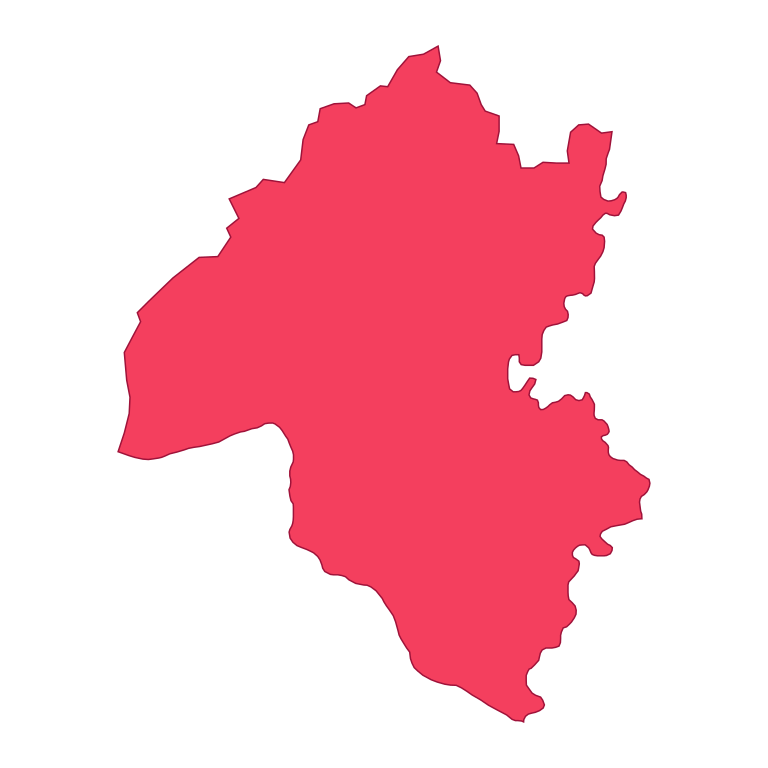 Verkhnyadzvinsk, Vitebsk, Belarus
{"feature_id": "67162791B82603429459213", "entity_name": "Verkhnyadzvinsk", "entity_type": "district", "adm_level": 2, "iso_a3": "BLR", "parent_name": "Belarus", "parent_adm1": "Vitebsk", "projection": "mercator", "projection_center": [28.26, 55.859], "detail": "fine", "context": "isolated", "style": "filled", "palette": "rose", "viewbox_px": 768, "rotation_deg": 0, "n_neighbors": 0, "source": "geoboundaries", "source_scale": "gbopen_adm2", "svg_char_len": 5712}
<svg xmlns="http://www.w3.org/2000/svg" viewBox="0 0 768 768"><path d="M523.6,721.9L523.8,719.6L525.5,716.3L528.3,714.1L531.4,713.2L535.4,712.3L539.6,710.6L543.2,708.0L544.4,704.9L542.7,700.2L540.6,697.1L535.6,695.3L532.1,693.1L529.2,689.1L526.4,685.1L526.2,680.6L526.2,675.4L527.8,671.4L529.2,669.0L531.1,668.3L534.7,664.8L538.7,660.3L539.4,657.0L540.3,653.2L542.2,649.9L546.0,648.0L549.1,648.0L551.9,648.0L555.7,647.3L559.0,646.1L560.4,642.6L560.6,638.8L560.6,635.3L561.4,632.0L563.2,627.9L566.6,626.8L569.4,624.2L571.5,622.0L574.3,617.8L576.0,614.2L576.2,610.2L575.1,606.0L572.2,602.7L568.9,599.6L568.2,595.8L568.0,592.3L568.0,588.0L568.0,585.0L568.7,581.9L571.2,579.2L574.3,575.9L575.8,573.8L578.1,570.8L578.6,568.3L579.3,563.8L578.9,561.2L575.7,558.8L573.4,557.5L572.4,555.2L572.4,552.3L573.6,550.0L575.5,547.9L577.5,546.3L579.5,545.2L582.3,544.9L585.2,544.8L588.7,547.8L589.7,549.6L591.0,552.8L592.2,554.4L594.4,555.3L597.5,555.8L600.2,555.8L604.0,555.8L606.5,555.5L610.3,553.7L612.0,550.5L612.3,547.6L610.3,545.5L607.6,544.2L604.4,541.3L601.8,538.9L600.0,536.4L600.5,534.0L602.3,531.3L606.8,529.0L610.8,526.8L616.3,525.7L624.7,524.2L628.3,522.7L633.0,520.6L637.1,519.2L641.0,518.8L641.9,518.8L641.7,514.1L640.7,511.3L640.2,507.7L639.5,502.1L640.0,499.0L641.4,496.4L644.3,494.5L646.8,491.9L648.0,489.8L649.4,486.2L649.9,483.2L649.0,479.4L646.6,478.2L643.8,476.1L640.5,474.4L637.4,471.8L634.6,469.7L632.2,467.1L629.1,464.8L626.8,461.9L624.1,460.4L620.4,460.4L617.7,460.1L612.9,458.5L610.3,456.6L608.9,454.7L608.3,452.3L608.3,449.8L608.5,447.4L608.0,445.6L605.2,442.4L602.9,440.8L601.5,439.0L601.4,436.8L603.2,435.6L605.2,435.2L607.3,434.3L608.6,432.6L609.1,431.4L608.8,429.4L608.0,426.6L607.1,424.4L605.9,423.1L604.0,421.0L602.0,419.8L600.6,419.8L598.1,419.8L595.3,418.4L594.1,415.5L594.0,413.1L594.3,410.1L594.4,406.8L594.4,404.3L593.5,402.4L592.0,399.5L590.2,396.8L589.3,394.1L586.9,392.6L585.4,392.6L584.6,395.3L583.4,397.8L582.2,399.8L578.9,400.6L575.7,399.7L573.0,396.9L570.4,395.1L568.1,394.8L564.7,395.6L561.6,398.9L558.5,401.3L555.6,402.2L552.4,402.8L549.7,404.8L547.9,406.6L545.5,408.3L543.2,409.5L540.6,409.6L538.8,407.5L538.4,404.9L538.4,402.8L537.4,400.1L535.5,399.4L533.1,398.8L530.7,397.9L529.0,394.9L529.9,390.8L531.8,388.0L534.7,384.0L535.9,379.5L533.0,378.3L529.7,378.1L527.4,381.4L524.8,385.4L522.6,388.5L521.0,390.4L518.8,391.5L515.8,391.8L513.2,391.8L509.6,388.9L508.7,384.5L507.7,378.8L507.7,374.8L507.7,368.9L508.5,362.0L509.4,359.0L512.0,355.4L515.3,354.7L518.8,354.7L519.3,357.8L519.3,361.8L521.2,364.6L525.0,365.3L528.5,365.3L533.5,365.3L538.7,361.8L540.8,358.2L541.8,351.9L541.8,342.4L541.8,339.1L542.2,334.6L543.9,330.4L546.2,327.1L549.5,325.9L552.9,324.9L557.6,324.0L562.8,322.1L566.8,320.5L568.0,317.6L568.2,314.6L567.5,311.3L565.5,309.2L564.2,306.6L563.8,303.3L564.7,298.6L565.9,296.6L567.5,295.8L570.4,295.3L572.6,295.1L575.6,294.4L577.5,293.6L580.0,292.7L582.6,293.6L583.8,295.0L585.4,295.9L587.3,295.7L591.0,293.1L592.9,286.3L594.2,281.9L594.5,278.6L594.4,271.6L594.2,266.4L595.4,263.3L598.4,259.1L600.6,256.2L602.9,251.7L604.1,247.7L604.6,241.3L604.1,237.1L602.2,235.2L599.1,234.7L596.1,233.1L592.5,229.1L593.0,226.0L595.9,222.4L598.2,220.1L600.8,217.7L602.9,215.1L605.3,213.3L607.0,213.3L609.8,214.8L614.5,215.7L618.5,215.1L621.0,211.0L622.4,207.6L623.8,203.9L625.3,201.1L626.2,197.7L626.2,195.2L625.6,192.6L623.1,192.0L622.1,192.0L619.5,194.6L618.2,197.0L617.0,198.3L614.8,199.7L611.2,200.8L608.0,201.1L603.7,199.4L600.9,197.0L600.0,191.5L599.7,186.2L602.1,180.6L602.9,175.8L604.9,169.2L606.1,164.3L606.2,158.7L608.3,152.5L609.5,149.4L612.0,131.7L601.5,133.1L588.5,124.1L578.7,124.9L570.6,132.2L567.3,150.9L569.0,163.1L556.8,163.1L543.0,162.3L534.0,168.0L521.0,168.0L518.6,155.8L513.7,144.4L496.6,143.6L499.1,131.4L499.1,116.0L485.2,111.1L481.2,104.6L477.1,93.2L469.8,85.1L450.3,82.7L436.5,72.1L440.5,60.7L438.1,46.1L423.5,54.2L408.8,56.6L397.4,69.7L387.7,86.7L380.4,85.9L366.6,95.7L364.9,104.6L356.0,107.9L348.7,103.0L334.0,103.8L320.2,108.7L317.8,121.7L308.8,124.9L303.1,139.6L300.7,159.9L284.4,182.6L263.3,179.4L256.0,187.5L229.2,198.9L238.9,218.4L226.7,228.2L230.8,237.1L217.8,256.6L199.1,257.4L173.1,277.8L148.7,301.3L137.3,312.7L140.6,321.7L132.4,337.1L124.3,352.5L126.7,380.2L130.0,397.3L129.2,413.5L124.3,433.0L118.1,451.7L129.0,455.6L134.9,457.4L142.9,459.1L148.4,459.5L153.0,458.9L158.8,458.0L161.7,457.3L165.0,456.0L169.8,453.8L177.1,452.0L184.4,449.8L188.7,448.3L193.9,447.3L199.7,446.5L212.5,443.7L218.8,442.0L229.9,435.9L234.7,433.9L240.6,431.9L244.4,431.3L251.8,428.7L257.2,427.8L261.4,425.9L264.7,423.7L268.4,423.1L272.6,423.0L275.0,423.9L279.6,427.3L282.2,430.6L285.7,436.2L287.8,439.1L289.1,442.7L290.7,446.7L292.7,451.2L293.5,454.8L293.5,459.3L293.2,461.9L292.0,464.5L290.8,467.0L289.8,471.1L289.8,475.9L290.6,479.1L290.8,482.5L290.3,486.5L289.0,489.7L289.9,496.1L291.0,500.7L293.2,503.8L293.4,507.0L293.4,510.0L293.4,512.7L293.4,516.8L293.2,520.4L292.7,523.3L291.9,525.8L289.9,529.4L289.1,532.1L290.1,538.1L293.0,542.3L297.0,545.6L301.3,547.4L306.9,549.5L310.5,551.2L313.6,552.8L317.7,556.4L320.0,559.9L321.9,564.9L322.7,568.2L324.8,571.5L330.4,574.4L333.7,574.8L337.9,574.8L341.8,575.5L345.5,576.7L348.9,579.8L355.7,583.4L363.8,585.0L367.1,585.2L370.9,586.9L376.1,590.8L379.0,594.4L382.3,598.5L383.9,601.8L386.4,605.8L389.1,609.5L393.3,615.7L395.6,621.8L398.1,630.9L399.1,635.0L401.0,638.8L404.3,644.2L406.6,647.9L409.7,652.1L410.5,658.7L412.0,663.1L414.2,667.6L418.0,671.2L423.0,675.3L431.1,679.7L437.1,682.0L444.8,684.2L450.6,685.1L456.2,685.3L461.4,687.8L466.6,691.1L472.2,695.0L480.5,699.8L488.6,705.3L497.3,710.0L506.6,714.9L512.0,719.3L515.4,720.6L518.0,720.6L521.6,721.0L523.6,721.9Z" fill="#f43f5e" stroke="#9f1239" stroke-width="1.5"/></svg>